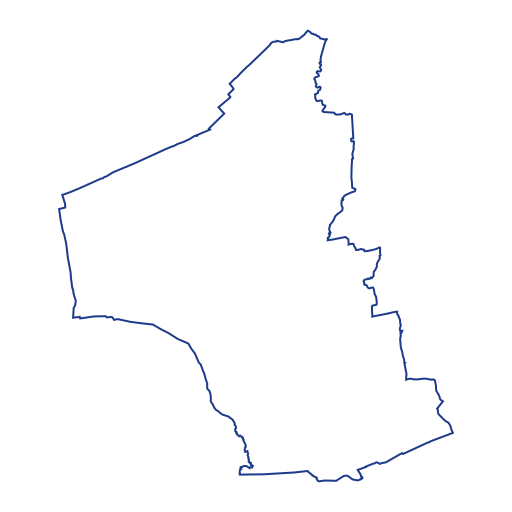 outline of Tatulesti, Olt, Romania
{"feature_id": "2599482B2026044219138", "entity_name": "Tatulesti", "entity_type": "district", "adm_level": 2, "iso_a3": "ROU", "parent_name": "Romania", "parent_adm1": "Olt", "projection": "mercator", "projection_center": [24.611, 44.648], "detail": "fine", "context": "isolated", "style": "outline", "palette": "blue", "viewbox_px": 512, "rotation_deg": 0, "n_neighbors": 0, "source": "geoboundaries", "source_scale": "gbopen_adm2", "svg_char_len": 6015}
<svg xmlns="http://www.w3.org/2000/svg" viewBox="0 0 512 512"><path d="M452.9,432.9L451.4,429.6L450.5,426.2L448.9,423.3L448.0,422.4L445.7,421.2L443.3,419.0L438.4,414.0L437.8,411.2L437.9,409.5L437.1,408.6L442.9,401.4L440.4,399.6L439.9,398.6L439.3,395.9L436.2,390.6L435.9,385.4L434.8,380.1L433.2,379.4L431.3,379.8L430.8,379.4L429.1,379.4L427.7,378.9L423.8,378.6L417.6,379.4L413.7,379.3L410.1,378.6L407.0,379.3L406.2,379.7L406.2,376.3L406.5,375.3L406.4,373.6L404.4,363.2L405.1,362.8L404.3,362.2L404.1,359.7L402.9,355.9L402.2,351.9L400.8,347.4L400.2,339.9L400.3,337.4L400.8,336.2L400.6,334.2L400.4,333.9L401.5,332.8L402.2,330.9L400.3,331.4L400.2,330.0L399.8,329.4L399.9,328.4L400.8,325.4L400.2,323.1L400.0,319.7L398.7,316.9L398.6,315.8L397.5,314.7L397.0,312.6L397.1,311.7L394.3,312.0L387.0,313.7L372.2,316.6L372.5,315.0L372.1,313.0L371.9,306.3L372.3,305.7L376.5,304.7L376.8,302.2L376.1,296.9L374.6,293.8L373.9,289.4L373.4,288.1L372.8,287.4L369.1,288.4L368.4,288.0L367.6,287.3L366.7,285.4L365.6,284.9L364.5,284.8L364.1,284.0L364.4,283.3L364.3,282.6L363.8,282.1L363.6,281.0L363.9,280.5L365.1,279.5L367.5,279.1L367.8,278.7L368.6,279.0L368.9,278.6L369.8,278.7L370.3,278.4L370.7,277.6L371.6,278.1L371.8,277.6L372.1,277.6L373.6,276.1L373.7,271.9L375.5,269.7L376.0,268.2L376.8,266.9L377.0,266.1L376.8,264.8L376.9,263.7L378.1,261.2L379.5,259.2L379.8,258.0L379.5,256.0L380.3,255.6L380.5,255.1L380.0,252.6L380.1,249.4L380.0,247.6L379.0,247.5L377.0,248.7L375.2,249.3L368.7,250.8L365.4,251.2L364.6,251.2L364.1,249.7L362.1,249.5L361.5,248.9L357.8,249.9L356.0,250.0L355.7,248.7L354.4,246.5L353.4,243.9L351.4,243.9L348.6,244.5L348.9,243.7L348.5,242.0L348.3,239.2L345.4,237.0L332.3,239.6L327.9,240.2L328.2,239.6L327.7,238.9L328.1,238.3L327.9,237.7L329.3,236.8L329.5,235.2L330.3,234.0L330.2,233.7L329.0,233.6L329.2,233.1L330.4,232.3L329.5,230.8L329.2,229.1L329.4,227.1L330.1,226.0L329.9,225.0L332.1,222.4L334.0,219.4L335.1,216.4L337.4,214.1L341.8,210.9L342.4,209.8L342.7,208.0L341.6,205.5L341.4,204.7L341.6,201.1L341.7,200.5L342.4,200.5L343.2,199.8L343.3,199.4L342.3,198.6L344.2,196.1L345.6,195.0L351.1,192.5L354.8,191.3L355.4,189.8L355.4,189.1L352.2,187.7L352.0,183.2L351.4,177.8L351.6,166.8L352.0,161.2L351.9,159.7L352.2,158.9L352.9,158.7L353.1,158.4L352.6,156.1L352.4,153.4L353.7,149.1L353.6,146.8L354.0,142.6L353.6,141.2L352.2,141.5L351.5,141.3L351.2,140.8L351.2,138.7L353.3,138.3L351.9,114.6L349.5,113.7L348.1,114.6L346.0,114.5L344.4,112.9L340.3,114.4L337.0,114.6L335.4,114.3L334.1,112.7L323.7,112.0L322.6,111.3L322.4,110.7L325.4,106.6L325.3,105.6L322.9,104.9L322.3,103.5L321.8,100.7L320.8,100.5L317.0,101.1L316.3,100.4L315.2,98.0L315.3,95.5L315.0,94.8L315.0,94.4L318.0,92.9L318.2,90.9L320.0,89.8L320.7,87.8L319.9,86.7L319.0,86.9L317.4,87.7L316.1,86.8L315.8,85.5L316.6,84.3L315.5,82.5L315.2,80.2L314.4,79.2L314.4,78.6L314.9,77.6L315.4,77.3L318.0,76.5L318.8,76.0L318.8,75.4L318.4,74.2L317.0,73.2L316.7,72.6L316.7,71.9L317.6,71.1L320.1,71.5L321.1,70.5L321.1,69.6L319.8,67.6L319.9,66.8L321.0,65.6L321.1,65.1L319.7,63.6L319.5,62.9L319.8,62.4L320.9,62.3L320.5,59.8L321.0,56.4L324.8,43.0L325.7,40.8L327.3,38.6L326.0,39.4L324.8,39.5L320.1,38.3L319.7,37.4L318.9,36.6L316.9,35.8L315.6,34.6L314.2,34.6L312.7,33.7L311.4,33.5L310.2,32.0L307.9,30.7L305.8,32.7L304.7,34.4L298.6,39.2L297.2,38.9L296.3,39.4L294.9,39.2L291.4,40.0L287.3,40.6L284.4,41.4L283.2,42.3L276.8,40.8L276.3,41.5L273.4,41.8L271.4,42.7L270.5,43.7L270.5,44.3L265.6,49.2L248.9,65.3L246.8,67.0L240.1,73.6L239.2,74.8L235.7,78.2L234.8,78.6L229.7,83.8L232.5,87.2L233.6,89.1L228.3,94.3L230.4,97.0L230.0,97.6L218.5,107.3L224.2,113.6L208.9,128.6L210.0,129.6L196.9,135.1L197.3,135.6L196.5,136.0L195.4,135.7L194.7,135.9L189.9,138.9L183.4,142.0L177.8,143.9L173.4,146.2L172.1,146.4L165.5,149.2L134.9,163.2L114.4,171.7L112.0,172.9L106.7,176.3L104.4,177.0L103.0,178.2L100.5,178.8L79.2,188.4L68.0,193.0L62.3,194.9L65.0,203.6L65.3,207.2L65.1,207.6L59.1,209.0L60.6,219.6L62.9,231.3L64.2,234.6L66.2,243.6L67.9,258.0L70.6,272.4L71.0,278.4L72.2,287.3L72.7,289.2L73.1,289.5L73.4,292.8L74.7,297.6L75.8,300.6L75.2,305.2L73.7,307.9L73.1,317.7L79.8,316.9L80.1,318.4L80.5,318.4L94.2,316.4L105.7,316.2L106.3,317.0L107.2,317.4L110.6,317.0L112.1,317.2L113.1,318.2L114.0,319.9L117.2,319.2L118.2,319.2L130.2,321.8L142.5,323.4L152.8,324.5L161.2,329.4L168.4,333.0L177.5,338.8L188.4,343.6L191.1,348.4L194.9,353.5L199.0,362.9L200.7,364.4L203.2,371.3L204.1,373.1L205.8,379.4L207.2,383.4L207.2,388.2L207.5,389.0L208.8,390.2L209.6,391.4L210.5,394.3L210.9,399.0L210.7,400.8L211.2,402.3L212.6,404.1L214.4,407.9L215.7,409.6L218.8,411.6L219.8,412.7L222.5,414.6L228.7,416.6L229.6,417.6L231.8,419.0L233.1,420.4L234.0,422.2L234.7,423.1L234.6,424.9L235.4,425.7L236.0,427.1L236.0,428.1L235.3,428.8L235.1,430.6L235.4,431.2L236.4,431.9L236.5,432.2L236.1,432.9L236.3,433.2L237.1,433.6L237.1,434.4L239.1,436.3L239.8,435.6L240.3,435.6L240.7,436.3L242.0,436.9L242.1,437.6L242.9,437.7L243.1,439.6L243.6,439.8L243.7,441.2L245.4,444.3L245.8,445.5L245.7,446.9L245.1,447.2L245.3,447.9L244.6,449.5L245.0,451.8L245.4,451.9L247.4,451.1L247.5,452.1L248.2,453.6L247.6,455.2L248.5,457.4L248.2,458.3L249.0,459.4L248.6,461.2L249.5,461.9L249.3,462.5L249.8,463.0L250.9,463.1L250.7,464.2L251.0,465.0L251.4,464.9L252.9,465.9L252.3,466.6L252.1,467.5L250.3,467.2L249.7,468.2L246.5,466.1L244.0,466.0L242.8,466.4L242.2,467.0L240.7,467.1L240.3,468.6L241.1,469.1L240.1,469.9L239.7,471.0L239.9,473.0L239.5,473.3L239.7,473.8L240.0,474.0L239.9,474.6L263.7,474.3L294.0,472.5L307.7,471.0L308.4,472.0L311.7,474.5L312.5,475.7L313.4,475.7L313.8,476.3L316.8,477.7L316.5,478.3L316.8,479.3L318.1,481.0L319.3,481.3L324.6,480.5L336.2,480.8L343.7,476.0L346.0,475.6L347.4,475.8L348.7,476.5L351.7,478.8L353.2,479.6L357.9,480.4L360.9,479.3L360.8,479.0L361.9,478.6L362.5,478.0L362.0,476.8L361.1,476.7L360.5,474.3L357.7,469.9L365.9,467.0L365.7,466.6L373.3,463.6L374.6,463.4L376.2,462.4L377.2,462.4L379.6,463.8L380.2,463.8L381.7,463.1L385.8,462.4L402.0,453.1L403.0,454.0L428.3,442.3L429.0,442.4L430.3,441.4L452.9,432.9Z" fill="none" stroke="#1e3a8a" stroke-width="2"/></svg>